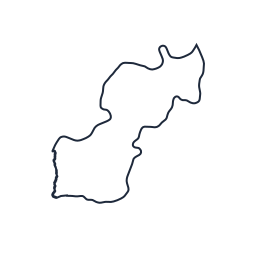 the district of Montellano, Puerto Plata, Dominican Republic, rotated 247°
{"feature_id": "3306468B77556762591061", "entity_name": "Montellano", "entity_type": "district", "adm_level": 2, "iso_a3": "DOM", "parent_name": "Dominican Republic", "parent_adm1": "Puerto Plata", "projection": "orthographic", "projection_center": [-70.594, 19.696], "detail": "fine", "context": "isolated", "style": "outline", "palette": "slate", "viewbox_px": 256, "rotation_deg": 247, "n_neighbors": 0, "source": "geoboundaries", "source_scale": "gbopen_adm2", "svg_char_len": 4516}
<svg xmlns="http://www.w3.org/2000/svg" viewBox="0 0 256 256"><g transform="rotate(247 128 128)"><path d="M91.6,35.3L91.6,39.7L89.8,45.5L89.4,45.4L87.4,49.8L85.4,53.4L84.8,54.9L83.9,57.9L83.3,59.3L82.9,59.8L82.3,60.3L81.1,60.9L79.3,61.6L78.2,62.3L77.4,63.4L76.3,66.0L75.6,67.2L72.3,69.9L71.3,71.1L70.4,72.4L69.8,74.0L68.9,78.2L68.3,79.7L66.6,83.4L66.0,86.1L65.7,90.0L65.8,93.9L66.2,96.7L66.8,98.4L69.1,102.4L70.0,103.6L70.6,104.1L71.3,104.5L72.9,105.0L77.4,105.5L79.2,105.9L80.1,106.2L81.8,107.1L83.3,108.2L84.7,109.5L93.2,117.7L97.1,120.8L97.6,121.4L98.2,122.9L98.5,124.5L98.8,127.8L99.3,129.3L99.9,130.0L100.5,130.5L101.9,131.0L102.6,131.0L104.0,130.7L105.3,130.1L105.7,129.6L107.0,127.4L107.8,126.4L108.4,126.1L109.0,125.8L109.7,125.7L110.4,125.8L111.0,126.1L112.1,126.9L112.9,128.1L113.4,129.6L114.1,132.5L114.8,133.8L115.8,134.7L117.7,136.0L119.5,137.5L121.2,139.2L122.2,140.4L122.8,141.8L122.9,142.5L122.7,143.9L120.1,149.5L118.2,152.9L117.8,154.5L117.7,155.3L117.8,156.2L118.1,157.8L119.8,161.3L121.1,165.9L121.9,167.2L122.4,167.7L124.7,169.5L126.4,171.1L127.3,172.4L128.9,175.3L129.9,176.6L131.7,178.1L135.1,179.9L136.3,180.8L137.4,181.8L137.7,182.4L138.0,183.1L138.2,183.8L138.2,184.6L138.0,185.3L137.6,185.9L137.1,186.4L136.6,186.7L134.2,187.5L133.2,188.2L132.3,189.2L131.2,191.7L130.4,192.9L127.0,195.5L125.5,197.3L124.8,198.8L124.6,199.6L124.5,201.2L124.7,202.9L125.0,203.6L125.4,204.3L126.6,205.3L131.3,207.9L132.8,208.4L137.9,209.5L139.5,210.1L140.9,210.8L144.2,212.8L145.4,213.7L147.5,216.7L148.5,217.9L149.7,218.9L151.1,219.8L157.6,223.1L160.4,223.7L164.2,223.9L171.9,223.9L177.7,223.5L175.8,221.1L173.5,217.7L172.7,216.2L172.2,214.4L171.9,211.5L171.8,207.6L172.0,204.8L172.3,202.9L172.6,202.0L173.2,200.5L175.2,197.2L176.1,196.0L176.7,195.5L177.4,195.1L179.1,194.7L180.8,194.5L186.1,194.6L187.7,194.4L188.5,194.1L189.2,193.6L189.7,193.0L190.1,192.3L190.3,191.6L190.3,190.1L190.1,189.3L189.7,188.6L189.2,188.0L188.5,187.5L187.7,187.2L186.1,187.0L180.7,187.0L177.9,186.9L176.1,186.4L174.7,185.5L173.5,184.4L173.0,183.7L172.2,182.1L171.9,181.1L171.7,179.2L171.7,177.3L171.9,175.4L172.3,173.5L172.7,172.6L173.6,171.2L175.2,169.6L178.2,167.5L181.0,163.7L183.9,160.3L185.6,158.1L186.4,156.6L189.2,150.8L189.6,149.2L189.7,148.4L189.4,146.7L188.9,145.2L187.4,142.5L186.1,139.4L183.7,135.2L182.4,132.0L180.4,128.4L179.1,125.5L178.2,124.0L177.2,122.8L176.0,121.7L174.6,120.9L171.6,119.3L170.1,118.3L166.6,115.3L165.2,114.2L163.7,113.4L159.5,111.5L158.1,111.1L157.4,111.1L156.8,111.3L155.6,112.0L154.6,112.9L153.2,115.2L152.7,115.7L152.1,116.1L150.7,116.7L148.3,117.1L145.9,116.9L144.4,116.3L143.8,115.8L143.2,115.1L142.9,114.3L142.6,112.6L142.5,110.8L142.6,103.3L142.5,101.4L142.1,99.6L141.8,98.7L141.0,97.1L137.6,92.9L136.6,91.4L136.2,90.6L135.9,89.8L135.5,88.0L135.2,85.3L135.2,82.6L135.3,79.9L135.6,78.2L136.1,76.5L137.0,74.9L138.1,73.5L143.1,68.5L144.3,67.2L145.2,65.8L145.7,64.1L145.8,62.4L145.6,61.6L144.9,60.1L142.6,56.7L140.7,54.2L136.3,49.5L136.1,49.5L136.1,50.6L135.8,50.6L135.8,51.0L135.4,51.0L135.4,51.3L135.1,51.3L135.1,51.7L133.7,51.7L133.7,51.3L133.0,51.3L133.0,51.0L132.7,51.0L132.7,50.6L132.0,50.6L132.0,50.2L131.3,50.2L131.3,49.9L130.3,49.9L130.3,49.5L129.6,49.5L129.6,49.1L128.6,49.1L128.6,48.8L128.2,48.8L128.2,48.4L127.9,48.4L127.9,48.1L127.6,48.1L127.6,47.3L127.2,47.3L127.2,47.0L126.5,47.0L126.5,46.6L125.8,46.6L125.8,47.0L123.8,47.0L123.8,46.6L123.1,46.6L123.1,46.2L122.1,46.2L122.1,45.9L121.1,45.9L121.1,46.2L120.4,46.2L120.4,45.9L117.3,45.9L117.3,45.5L116.3,45.5L116.3,45.1L115.3,45.1L115.3,44.8L114.6,44.8L114.6,44.4L113.9,44.4L113.9,44.1L111.5,44.1L111.5,43.7L111.1,43.7L111.1,43.3L110.8,43.3L110.8,43.0L110.5,43.0L110.5,42.6L110.1,42.6L110.1,42.2L109.4,42.2L109.4,41.9L108.8,41.9L108.8,41.5L108.4,41.5L108.4,41.1L107.7,41.1L107.7,40.4L107.4,40.4L107.4,40.1L107.0,40.1L107.0,39.7L106.7,39.7L106.7,39.3L106.4,39.3L106.4,39.0L106.0,39.0L106.0,38.6L104.7,38.6L104.7,38.2L104.0,38.2L104.0,38.6L103.3,38.6L103.3,38.2L103.0,38.2L103.0,37.9L102.6,37.9L102.6,37.5L102.3,37.5L102.3,37.2L101.9,37.2L101.9,36.8L100.9,36.8L100.9,36.4L98.9,36.4L98.9,36.1L98.5,36.1L98.5,35.7L98.2,35.7L98.2,35.3L97.8,35.3L97.8,34.6L97.5,34.6L97.5,33.9L97.1,33.9L97.1,33.5L96.8,33.5L96.8,33.2L96.5,33.2L96.5,32.8L96.1,32.8L96.1,32.4L95.4,32.4L95.4,32.1L94.8,32.1L94.8,32.4L94.1,32.4L94.1,32.8L93.7,32.8L93.7,33.2L93.4,33.2L93.4,33.5L93.0,33.5L93.0,33.9L92.7,33.9L92.7,34.2L92.4,34.2L92.4,34.6L92.0,34.6L92.0,34.9L91.9,34.9L91.7,35.0L91.7,35.3L91.6,35.3Z" fill="none" stroke="#1e293b" stroke-width="2"/></g></svg>